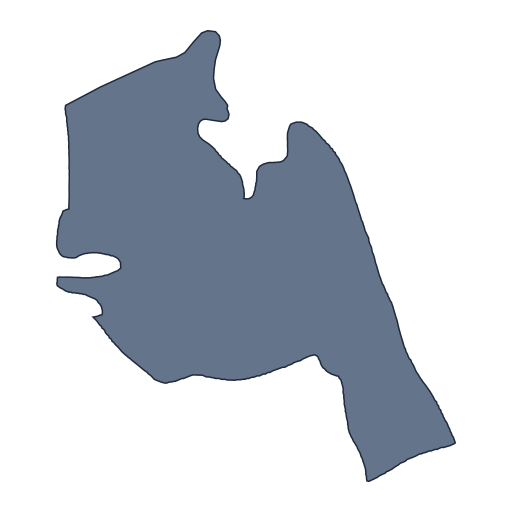 outline of Cidade De Xai-Xai, Gaza, Mozambique
{"feature_id": "85939544B37239521731461", "entity_name": "Cidade De Xai-Xai", "entity_type": "district", "adm_level": 2, "iso_a3": "MOZ", "parent_name": "Mozambique", "parent_adm1": "Gaza", "projection": "equal_earth", "projection_center": [33.662, -25.05], "detail": "fine", "context": "isolated", "style": "filled", "palette": "slate", "viewbox_px": 512, "rotation_deg": 0, "n_neighbors": 0, "source": "geoboundaries", "source_scale": "gbopen_adm2", "svg_char_len": 6005}
<svg xmlns="http://www.w3.org/2000/svg" viewBox="0 0 512 512"><path d="M155.0,61.9L101.0,86.7L65.6,105.4L65.1,109.0L65.6,111.3L65.6,113.6L66.8,118.0L66.7,121.7L67.2,123.7L67.2,126.0L67.7,127.9L67.7,130.4L68.1,132.1L68.0,134.1L68.6,136.0L68.5,139.8L68.9,142.5L68.7,147.7L69.0,149.9L68.9,154.2L69.1,156.9L69.2,162.5L69.0,168.4L69.3,170.4L69.2,174.8L69.3,177.1L69.1,186.9L69.2,195.1L69.0,203.4L68.8,207.2L69.0,209.0L66.3,209.6L65.0,210.3L63.1,211.0L62.5,212.9L61.5,215.3L60.2,217.6L59.1,221.3L59.1,223.6L58.5,225.7L58.5,227.4L57.9,229.0L57.6,230.9L57.6,234.5L57.0,236.6L57.0,239.4L56.7,241.3L56.7,245.3L57.1,247.8L59.4,252.9L60.7,254.7L62.6,256.3L64.4,257.0L65.9,257.0L67.9,257.7L69.5,257.7L70.9,257.9L74.6,257.9L76.5,257.4L78.5,256.0L79.8,255.3L83.7,253.9L85.9,253.4L87.2,253.4L89.2,252.9L92.5,252.7L97.5,252.7L98.9,253.1L100.8,253.1L102.5,253.8L104.1,253.8L105.7,254.5L107.8,254.5L111.2,255.8L112.7,255.8L116.5,257.6L117.9,258.6L119.3,260.6L120.5,262.5L120.7,268.3L119.3,269.2L117.7,270.7L115.7,271.4L106.9,275.2L105.1,275.2L101.8,276.4L100.3,276.4L98.3,276.8L96.2,276.8L94.6,277.3L91.7,277.5L90.3,277.8L86.7,277.8L85.2,277.9L82.5,277.9L80.5,277.6L77.5,277.4L73.9,277.4L71.9,277.2L59.4,277.1L57.5,277.3L57.3,279.1L57.3,281.5L56.8,283.4L57.3,285.7L59.5,287.3L60.9,288.2L62.9,289.1L65.1,290.7L68.7,292.1L70.7,292.1L72.1,292.8L75.0,292.8L76.4,293.2L78.1,293.2L79.7,293.7L81.6,293.7L83.3,294.4L85.0,294.4L88.1,296.0L95.2,299.0L97.1,300.5L98.4,302.8L100.1,304.3L101.3,306.6L102.0,308.9L102.4,311.0L102.4,313.3L101.7,315.1L100.1,315.0L98.8,315.7L96.8,316.4L93.0,317.1L96.7,320.8L99.8,325.1L101.2,326.1L102.0,328.2L103.6,329.1L104.8,330.9L105.5,332.7L106.8,334.3L108.8,336.1L109.4,338.0L111.3,339.1L112.1,341.3L113.7,342.4L115.6,344.9L117.5,346.5L119.0,348.2L122.0,351.8L125.5,355.0L126.8,355.9L128.5,357.6L129.9,358.3L131.9,360.3L137.8,365.0L142.8,369.2L145.2,371.0L146.9,372.1L148.3,373.8L150.6,375.4L152.4,377.2L154.1,379.2L157.5,380.7L161.5,382.2L164.4,383.0L166.4,383.1L169.7,382.0L171.6,382.0L173.3,381.4L175.1,381.4L181.9,378.5L183.6,378.5L185.4,377.7L187.4,377.0L189.1,376.2L192.9,374.9L202.5,375.2L206.3,376.9L209.7,377.0L211.4,377.6L213.2,377.6L215.0,378.4L219.2,378.5L221.2,379.3L225.5,379.4L227.1,380.0L235.6,380.2L237.0,379.7L240.0,379.8L243.5,379.2L245.2,379.3L246.7,378.5L248.8,378.5L251.9,377.2L253.6,377.3L257.4,375.8L259.5,375.9L263.3,374.0L265.2,374.1L268.1,372.4L269.7,372.5L272.8,370.8L282.8,367.2L284.6,367.3L286.4,366.5L287.7,365.5L290.0,364.8L292.3,363.8L294.1,362.5L298.0,361.2L300.5,360.6L302.6,359.1L309.3,356.1L311.5,355.5L314.8,354.8L316.4,355.6L318.1,357.0L318.6,358.8L320.0,361.1L320.6,363.4L321.7,365.8L322.9,367.7L324.8,369.0L326.0,370.6L328.0,372.1L331.1,373.9L336.9,376.0L338.3,376.1L339.5,378.6L340.8,379.5L343.2,388.3L343.1,393.0L343.8,394.8L343.8,397.4L344.3,401.7L344.2,403.9L345.4,409.2L345.3,411.5L346.0,413.1L346.5,417.3L347.1,419.8L347.7,422.1L347.7,424.4L348.2,426.3L348.2,428.3L349.4,432.8L350.6,435.2L351.2,436.9L352.4,438.7L353.5,441.4L354.9,443.2L355.8,445.0L357.0,446.6L357.6,448.5L358.8,450.8L359.9,452.6L361.1,456.5L362.4,458.8L362.9,461.1L363.7,463.1L365.4,468.7L365.9,472.4L365.8,474.4L366.5,476.5L366.5,478.6L367.0,481.0L369.0,481.3L377.4,477.3L379.3,475.8L383.1,474.0L384.9,473.3L386.6,471.6L388.5,471.0L390.2,470.0L391.8,469.3L393.7,467.8L396.7,465.8L398.3,465.0L400.3,463.2L403.8,461.9L405.4,461.1L407.2,459.4L413.3,457.1L415.4,456.2L419.8,453.8L421.4,453.9L423.0,453.0L425.9,452.4L429.2,450.9L430.9,451.0L435.0,449.4L437.0,449.4L441.4,447.4L443.5,447.5L450.1,445.6L454.0,443.8L455.3,442.9L453.3,437.1L452.0,435.3L451.5,433.5L450.1,430.8L449.5,428.7L448.3,426.6L447.6,424.5L446.4,422.0L445.0,420.4L444.4,418.6L443.2,416.5L442.6,414.5L441.2,412.4L440.7,410.1L439.1,408.6L438.5,405.8L437.1,404.4L436.5,401.7L435.0,400.6L433.0,396.5L430.1,391.7L425.5,385.1L423.7,382.9L420.3,378.1L417.7,373.8L416.4,372.0L415.2,369.5L414.5,367.6L413.4,365.3L411.6,362.4L410.9,360.1L409.3,358.7L408.0,356.0L407.4,354.1L406.0,351.7L405.4,349.1L404.2,346.9L403.0,342.5L400.6,334.8L398.6,327.3L397.0,320.2L396.3,318.5L392.7,306.1L391.3,302.2L389.9,300.2L389.3,298.5L388.1,296.3L387.5,294.0L385.9,291.9L385.2,289.7L383.5,285.5L382.2,283.5L380.3,277.7L379.2,275.0L376.3,264.8L375.6,263.2L374.5,258.2L373.4,254.5L372.2,251.9L371.7,248.8L371.2,246.7L369.9,244.2L368.7,240.2L368.7,238.2L365.1,230.8L364.1,226.9L363.4,224.9L362.7,222.3L361.3,219.6L360.8,217.5L357.4,206.8L356.9,204.7L355.6,202.1L353.6,195.0L350.4,185.3L349.5,183.3L348.2,179.4L345.9,173.4L344.5,170.7L343.8,168.4L342.6,165.6L341.7,163.9L339.9,161.4L339.1,159.1L337.3,156.5L335.7,154.5L335.2,152.5L333.4,151.4L332.3,148.8L330.3,147.7L329.6,145.9L328.0,144.2L326.2,143.1L324.9,140.8L323.0,139.4L319.4,135.1L316.1,131.4L313.9,129.8L312.4,128.0L308.8,126.2L307.3,124.5L305.4,123.6L301.7,122.2L296.5,122.1L292.6,123.4L290.7,124.2L289.5,126.5L288.2,130.6L287.5,133.3L287.4,139.4L287.6,142.0L287.5,146.4L287.7,148.3L287.6,152.4L287.4,154.3L287.3,156.0L283.4,160.7L280.0,162.1L277.9,162.1L276.3,162.4L274.7,162.3L273.3,162.6L269.5,162.5L266.6,163.1L262.7,164.4L259.4,166.6L256.8,171.3L256.7,177.6L256.5,181.8L255.8,183.5L255.8,185.4L255.2,187.2L255.1,189.6L254.1,192.2L253.5,194.7L252.0,196.9L249.9,198.2L248.0,198.9L246.2,198.8L243.7,198.5L244.2,196.5L244.2,193.0L243.7,188.3L242.5,184.1L242.5,182.1L240.8,176.9L239.5,174.4L238.1,173.3L236.8,171.0L235.0,169.4L233.7,168.6L232.2,167.2L230.6,166.3L229.4,164.3L227.8,163.6L226.5,161.9L224.5,160.3L223.0,158.9L221.5,158.0L220.8,156.2L218.7,154.7L217.9,152.9L215.9,151.1L214.6,149.0L212.7,147.4L212.6,147.1L208.9,144.0L202.7,139.9L199.7,136.9L198.0,133.1L197.6,128.8L198.4,124.2L200.4,121.0L203.2,119.4L206.2,119.2L212.7,120.3L221.7,121.6L225.1,121.0L228.1,118.7L229.0,114.3L227.9,110.8L227.0,109.0L227.7,105.5L225.4,101.9L220.9,96.6L215.7,89.3L213.5,78.4L214.2,68.8L215.5,59.8L219.7,46.0L220.1,43.4L220.0,42.6L220.4,40.7L219.4,36.0L215.5,31.7L207.6,30.7L201.6,33.0L193.5,42.0L184.8,52.6L176.4,57.2L163.5,59.9L155.0,61.9Z" fill="#64748b" stroke="#1e293b" stroke-width="1.5"/></svg>